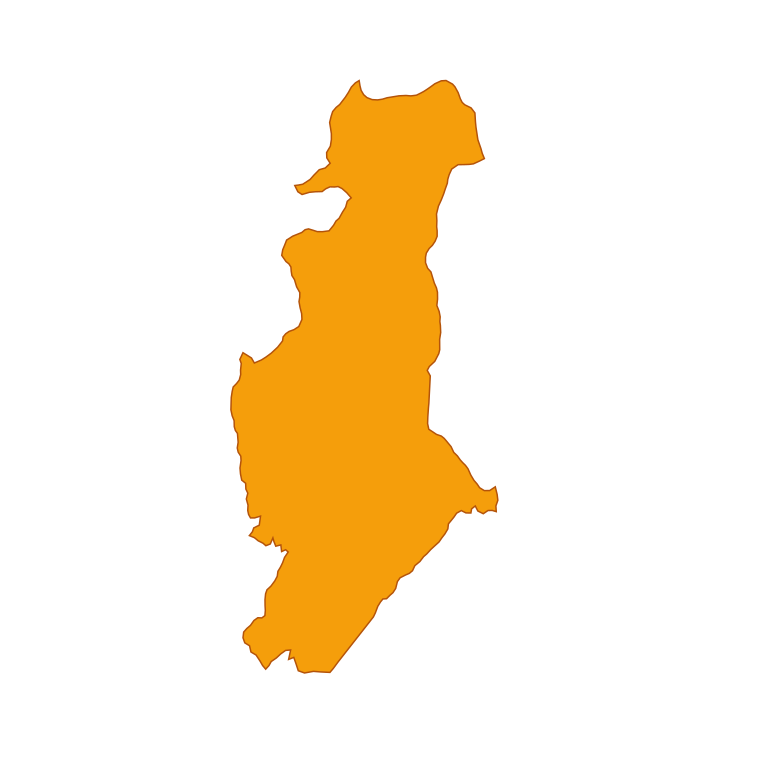 outline of Dois Córregos, São Paulo, Brazil, rotated 198°
{"feature_id": "56859067B70309035872749", "entity_name": "Dois Córregos", "entity_type": "district", "adm_level": 2, "iso_a3": "BRA", "parent_name": "Brazil", "parent_adm1": "São Paulo", "projection": "natural_earth1", "projection_center": [-48.333, -22.403], "detail": "fine", "context": "isolated", "style": "filled", "palette": "amber", "viewbox_px": 768, "rotation_deg": 198, "n_neighbors": 0, "source": "geoboundaries", "source_scale": "gbopen_adm2", "svg_char_len": 3966}
<svg xmlns="http://www.w3.org/2000/svg" viewBox="0 0 768 768"><g transform="rotate(198 384 384)"><path d="M501.4,664.9L504.3,661.5L506.8,656.3L507.9,650.5L509.4,644.8L512.5,636.1L515.0,632.2L517.0,627.3L517.0,622.4L516.5,615.9L514.1,611.2L511.4,605.8L509.6,600.3L508.5,593.6L510.1,586.4L508.3,581.4L503.4,577.3L506.6,571.3L511.8,567.8L515.1,561.2L517.5,555.7L523.0,548.9L526.8,546.8L530.2,545.2L525.3,540.2L520.5,538.9L514.1,543.3L508.5,545.7L502.3,547.9L499.7,551.7L496.3,554.8L491.9,556.1L488.7,557.6L484.3,556.9L478.5,554.4L472.7,550.9L475.4,546.4L475.1,540.3L476.6,534.5L477.9,527.7L480.0,524.2L481.0,519.4L483.6,512.7L489.5,509.9L494.5,508.3L498.8,508.3L503.7,508.2L506.7,506.4L509.0,502.7L512.1,500.1L516.5,496.4L521.1,490.8L521.4,485.4L521.8,480.4L521.0,474.7L515.1,470.2L511.6,468.9L508.7,466.5L507.1,462.6L505.1,458.7L501.4,455.6L499.2,452.4L497.1,449.4L492.3,444.9L491.0,440.7L490.3,436.1L487.4,430.7L484.1,425.5L482.0,420.1L482.8,412.3L486.5,407.8L490.5,404.7L493.0,401.4L494.5,397.6L493.8,393.6L496.5,386.2L500.7,378.6L504.7,373.0L508.1,368.9L513.8,363.9L518.1,367.8L527.8,370.2L528.7,362.8L526.1,359.4L524.7,352.8L523.2,348.7L522.9,343.0L524.4,338.8L526.5,334.6L526.1,330.1L525.1,324.0L523.2,317.5L521.6,312.1L518.6,306.9L515.2,302.8L513.2,297.1L511.0,293.9L508.1,291.7L506.5,287.8L504.7,283.5L503.8,277.8L501.6,274.1L497.9,271.1L496.3,267.0L495.0,259.6L492.7,254.1L489.6,248.6L484.9,246.8L482.9,241.4L479.8,238.1L479.4,232.1L475.9,226.8L474.5,221.6L472.5,218.1L469.6,215.4L465.6,216.7L460.6,220.2L459.0,211.2L463.4,206.9L463.5,202.8L465.2,198.2L459.8,197.8L455.2,196.0L449.9,195.2L446.4,193.7L442.7,196.7L442.1,203.3L439.9,200.0L436.8,196.3L432.4,199.1L429.6,193.0L426.3,196.0L423.2,194.6L425.0,188.3L425.2,182.6L425.9,177.7L427.0,173.1L426.1,168.1L427.0,163.0L429.1,156.8L431.7,152.1L431.8,147.9L430.5,142.0L428.6,136.4L426.9,132.0L425.7,126.9L427.9,123.8L431.8,122.7L434.6,118.9L436.4,113.2L438.9,109.1L440.8,104.7L439.7,99.1L436.4,94.8L431.0,93.5L427.7,88.0L421.9,86.7L416.4,82.3L412.4,78.7L408.4,76.2L406.4,80.7L405.5,85.2L401.7,90.2L398.8,95.4L395.3,100.2L390.6,102.2L389.6,92.6L385.3,96.1L381.2,90.7L376.9,84.8L370.3,84.6L362.3,88.9L355.6,90.5L346.3,93.0L344.4,97.6L341.7,105.7L322.1,159.2L321.5,163.7L321.2,170.7L320.0,175.6L318.6,179.2L315.2,180.6L313.0,185.0L311.0,188.3L309.7,193.2L310.2,200.2L308.8,204.7L304.4,209.1L301.4,211.7L299.2,215.2L298.5,220.8L295.0,226.3L293.0,232.0L290.8,235.7L288.4,241.0L285.7,245.8L282.9,250.7L281.4,255.7L279.8,260.1L278.5,265.9L279.5,270.9L277.9,275.0L276.4,278.9L275.0,283.6L271.4,287.5L266.2,286.7L261.5,288.2L262.1,292.3L259.5,296.2L255.5,292.2L249.5,291.3L246.0,295.8L242.0,297.2L237.8,297.3L239.9,302.6L239.8,308.6L242.2,313.8L246.4,320.6L250.6,315.3L255.7,313.6L261.0,314.9L264.6,317.7L268.6,320.1L273.3,324.2L277.9,329.3L281.4,331.8L285.0,333.6L288.1,335.4L292.0,338.3L296.5,340.5L300.8,345.1L306.9,349.0L310.0,350.9L313.4,352.2L318.5,352.3L327.4,354.8L330.3,359.8L332.2,366.4L334.4,375.2L335.4,379.6L342.5,406.0L347.1,410.3L346.3,414.7L342.7,421.2L341.3,429.8L341.6,433.8L344.9,443.7L346.0,450.5L348.5,457.2L350.2,460.7L351.3,465.2L354.0,470.1L358.0,475.0L359.3,481.3L361.5,487.8L363.8,491.6L367.4,495.6L371.3,501.2L374.0,505.1L378.2,507.5L382.0,512.2L383.7,517.5L384.2,521.6L382.9,526.9L380.8,530.9L379.5,535.6L379.1,540.9L380.8,546.1L382.5,549.8L384.2,555.7L386.6,561.9L387.2,570.0L386.4,576.9L386.0,583.4L386.0,588.4L385.8,594.5L386.6,598.4L386.7,603.3L386.0,609.4L381.3,615.5L376.0,617.3L370.8,619.2L367.0,621.0L362.1,625.5L358.2,629.4L361.9,633.8L364.6,637.9L370.2,645.3L375.9,656.7L378.0,661.5L381.3,669.9L386.5,673.5L393.5,674.5L396.7,676.0L399.5,678.8L403.5,684.0L408.4,688.6L411.5,690.4L418.8,691.8L423.3,690.0L428.4,685.3L431.5,681.0L434.0,677.7L436.6,674.5L439.1,671.9L442.4,668.7L447.5,666.3L452.2,665.2L458.8,662.7L469.5,657.2L473.5,654.4L477.9,652.2L483.2,650.8L488.7,651.1L492.8,652.9L496.5,656.2L499.0,660.2L501.4,664.9Z" fill="#f59e0b" stroke="#b45309" stroke-width="1.5"/></g></svg>